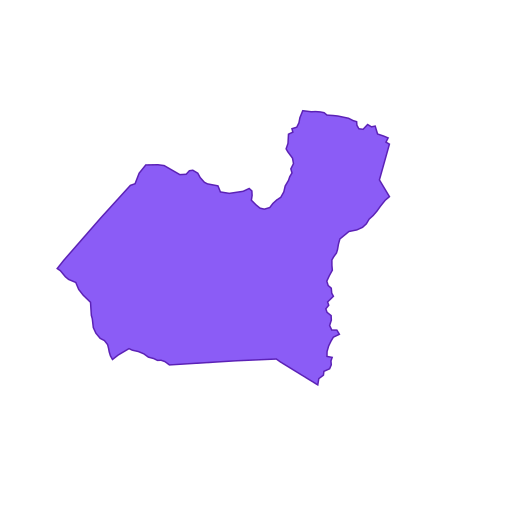 the district of Wenceslau Braz, Paraná, Brazil, rotated 232°
{"feature_id": "56859067B89117717047367", "entity_name": "Wenceslau Braz", "entity_type": "district", "adm_level": 2, "iso_a3": "BRA", "parent_name": "Brazil", "parent_adm1": "Paraná", "projection": "robinson", "projection_center": [-49.79, -23.87], "detail": "fine", "context": "isolated", "style": "filled", "palette": "violet", "viewbox_px": 512, "rotation_deg": 232, "n_neighbors": 0, "source": "geoboundaries", "source_scale": "gbopen_adm2", "svg_char_len": 1986}
<svg xmlns="http://www.w3.org/2000/svg" viewBox="0 0 512 512"><g transform="rotate(232 256 256)"><path d="M262.0,430.0L265.7,428.5L267.7,432.8L272.0,430.4L277.3,426.9L285.0,429.9L286.7,426.5L290.9,424.9L289.9,418.4L292.9,415.4L296.9,416.0L299.9,418.0L302.9,415.9L307.6,413.7L315.9,406.7L319.2,403.3L323.3,398.7L327.0,397.9L329.9,395.4L333.1,391.9L335.6,388.4L341.7,382.3L338.0,375.8L334.5,371.8L332.4,367.4L334.2,362.7L330.9,361.3L332.0,356.6L325.0,350.5L321.9,345.7L318.5,345.2L310.6,345.0L305.7,342.4L303.2,337.1L299.3,335.5L297.7,331.4L295.6,328.2L293.2,322.1L289.4,317.4L287.0,311.7L287.4,307.0L287.0,301.7L285.7,296.7L287.8,291.4L291.3,288.6L296.2,287.5L302.8,286.7L306.1,290.2L309.8,292.8L313.4,292.2L314.9,285.7L321.8,273.5L328.4,267.4L334.7,269.2L342.8,262.1L345.9,260.7L352.2,260.3L357.1,261.1L362.5,259.0L364.2,256.0L363.4,251.3L367.0,246.1L383.8,239.3L388.3,234.9L395.6,225.2L393.2,214.9L387.4,205.2L389.0,200.5L381.6,157.2L371.0,102.0L368.5,91.6L364.8,92.8L357.0,93.0L352.9,93.9L346.1,97.7L338.8,95.7L331.5,95.7L321.4,97.1L310.6,89.7L307.4,88.4L299.7,83.7L293.7,82.3L287.0,82.5L282.7,84.5L277.5,84.5L274.1,83.0L270.8,81.3L266.9,79.8L262.8,79.2L262.8,86.6L261.2,98.9L258.0,100.5L253.1,104.5L247.9,107.4L242.6,108.9L238.1,112.3L234.4,114.1L232.3,117.0L228.9,119.2L223.5,120.7L185.9,175.5L162.3,208.6L157.5,210.0L116.4,225.3L120.7,230.0L120.6,235.8L123.3,238.5L121.8,244.6L123.9,248.3L127.2,250.5L129.2,253.6L133.2,250.1L137.0,253.2L140.4,257.9L142.8,262.8L144.4,267.0L143.0,273.5L147.8,274.1L151.0,270.1L155.9,271.2L159.1,275.9L162.8,278.5L167.9,277.3L171.4,278.5L172.4,283.0L175.7,284.1L176.6,292.2L180.1,292.8L184.3,295.5L188.3,294.7L192.6,296.3L195.5,302.0L197.8,307.4L201.8,310.0L206.2,313.4L207.6,316.9L208.8,321.2L210.8,324.1L214.6,328.3L217.8,332.6L218.1,344.3L216.2,348.1L214.5,351.5L213.0,357.6L213.4,362.7L215.4,367.8L215.8,373.3L216.9,378.9L218.6,384.6L220.4,392.2L220.6,397.7L240.0,400.1L262.0,430.0Z" fill="#8b5cf6" stroke="#5b21b6" stroke-width="1.5"/></g></svg>